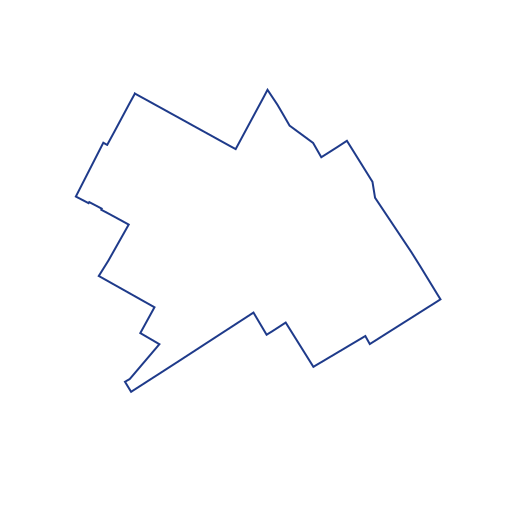 Dolores, Buenos Aires, Argentina (Robinson projection), rotated 285°
{"feature_id": "61730980B96971314093631", "entity_name": "Dolores", "entity_type": "district", "adm_level": 2, "iso_a3": "ARG", "parent_name": "Argentina", "parent_adm1": "Buenos Aires", "projection": "robinson", "projection_center": [-57.606, -36.418], "detail": "fine", "context": "isolated", "style": "outline", "palette": "blue", "viewbox_px": 512, "rotation_deg": 285, "n_neighbors": 0, "source": "geoboundaries", "source_scale": "gbopen_adm2", "svg_char_len": 834}
<svg xmlns="http://www.w3.org/2000/svg" viewBox="0 0 512 512"><g transform="rotate(285 256 256)"><path d="M258.9,442.7L261.9,445.4L266.2,440.8L274.2,432.4L288.2,417.7L300.0,405.0L343.1,355.9L357.8,349.3L390.8,314.0L382.1,306.2L368.3,293.5L380.0,281.9L390.6,254.7L400.5,244.8L407.7,237.5L412.8,231.7L419.5,224.1L411.1,222.2L395.1,218.4L354.0,208.7L355.6,202.0L375.4,122.0L381.4,97.6L381.6,96.9L381.2,96.9L380.4,96.7L369.7,94.1L359.0,91.6L340.2,87.2L324.8,83.5L324.8,83.4L325.9,79.2L266.8,66.6L263.7,80.6L264.9,81.0L261.8,94.7L260.6,94.6L258.8,102.6L253.4,124.9L213.3,114.6L196.0,109.3L180.2,171.2L151.6,164.2L145.8,185.5L104.5,165.9L100.6,162.0L92.5,170.5L129.7,204.3L200.7,268.2L182.7,286.6L187.2,290.9L199.4,301.9L163.8,340.1L207.0,382.3L200.4,388.7L250.8,435.2L258.9,442.7Z" fill="none" stroke="#1e3a8a" stroke-width="2"/></g></svg>